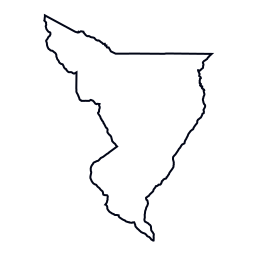 Turrialba, Cartago, Costa Rica (Robinson projection)
{"feature_id": "36466004B38119903555726", "entity_name": "Turrialba", "entity_type": "district", "adm_level": 2, "iso_a3": "CRI", "parent_name": "Costa Rica", "parent_adm1": "Cartago", "projection": "robinson", "projection_center": [-83.562, 9.784], "detail": "fine", "context": "isolated", "style": "outline", "palette": "ink", "viewbox_px": 256, "rotation_deg": 0, "n_neighbors": 0, "source": "geoboundaries", "source_scale": "gbopen_adm2", "svg_char_len": 5721}
<svg xmlns="http://www.w3.org/2000/svg" viewBox="0 0 256 256"><path d="M153.2,240.6L153.6,240.5L153.7,237.5L153.6,236.5L153.8,234.4L153.7,233.9L153.3,233.4L152.8,232.4L152.1,231.6L151.2,230.2L151.1,228.6L151.0,228.0L151.0,226.9L150.8,226.1L150.1,225.0L148.9,224.2L148.3,223.4L144.9,221.5L144.5,220.4L144.4,219.3L144.8,217.6L144.7,214.4L144.9,213.9L145.2,211.0L145.9,209.2L146.3,207.4L147.2,206.0L148.0,203.6L147.5,200.8L147.2,200.2L146.6,199.9L146.4,199.7L146.1,198.7L146.0,197.9L146.4,197.4L147.0,197.1L147.6,196.5L148.3,196.2L148.9,195.8L149.7,194.5L152.6,191.8L153.2,191.1L153.5,189.9L153.7,189.4L155.2,187.5L155.5,187.1L155.8,186.2L157.3,185.9L158.2,185.2L158.3,184.9L158.5,184.7L160.0,184.7L160.4,184.5L160.9,184.0L161.1,183.3L161.6,182.7L161.8,181.3L162.0,181.1L162.8,180.5L163.4,179.6L164.5,178.9L165.9,178.6L166.4,178.0L166.6,177.2L167.0,177.0L167.4,176.6L168.0,175.4L169.0,174.2L169.2,173.3L169.6,172.7L170.0,172.0L170.4,171.5L172.3,168.9L173.4,167.1L173.5,166.5L173.5,165.6L173.8,164.5L173.7,163.2L173.8,162.4L173.0,159.3L173.0,158.5L173.1,157.2L173.2,156.9L174.6,155.2L175.3,154.6L178.0,150.6L178.9,149.0L180.2,147.6L181.0,146.1L181.9,144.8L182.2,144.5L184.4,143.4L184.6,142.9L184.7,141.8L185.1,140.9L185.2,140.4L186.0,139.3L186.8,137.6L187.1,137.0L187.5,136.4L188.2,134.5L188.7,133.6L190.7,130.9L191.7,130.2L192.3,129.6L192.9,129.4L193.3,128.9L193.6,127.8L194.1,127.0L194.6,126.2L195.2,125.5L195.6,124.8L196.8,123.5L197.2,122.8L197.3,120.9L197.8,120.1L198.0,119.7L199.0,119.0L199.8,118.3L200.9,117.5L201.7,115.9L201.9,115.6L202.5,113.7L203.7,113.2L203.8,112.8L203.9,111.2L203.6,110.4L203.5,109.9L205.0,107.0L205.1,106.7L205.1,105.7L205.1,105.3L204.7,104.6L204.0,103.9L203.9,103.4L203.5,102.7L203.3,101.5L202.9,100.0L202.9,99.1L203.3,98.1L203.5,96.8L204.2,95.3L204.4,94.6L204.4,93.9L204.2,93.4L203.6,90.6L203.7,90.3L204.2,90.1L204.1,89.8L203.7,89.4L202.5,88.7L202.0,88.2L201.9,87.9L202.3,87.1L202.2,86.4L201.7,86.2L201.5,86.5L201.3,86.5L200.8,86.1L200.1,85.4L200.2,85.0L200.8,84.7L200.9,84.0L200.5,83.7L199.9,83.5L199.7,83.2L199.6,82.8L199.9,82.2L199.7,81.5L199.6,80.8L199.9,80.1L199.9,78.9L200.2,78.6L200.8,78.3L200.8,77.8L200.6,77.2L199.2,76.0L199.3,75.0L199.6,74.3L199.6,73.8L199.1,73.0L198.3,71.1L198.1,70.7L198.1,70.2L198.3,70.2L199.7,70.7L200.0,70.3L200.6,70.0L201.4,69.1L202.8,68.1L203.0,67.7L203.1,66.6L203.1,65.7L203.5,64.9L203.4,64.1L202.9,62.9L202.9,62.5L203.0,62.2L204.0,61.0L205.4,60.2L206.4,59.4L207.1,59.0L207.3,58.7L207.9,57.5L208.5,57.2L209.0,56.4L211.7,53.9L166.2,53.5L164.4,53.8L135.4,53.6L115.7,53.7L110.9,51.4L108.7,47.5L108.0,47.4L107.9,47.6L107.1,47.5L106.9,47.4L106.6,46.7L106.4,45.9L106.4,45.4L105.8,45.4L105.4,45.6L105.1,45.4L104.9,45.0L104.8,43.8L103.1,43.9L101.8,42.6L100.5,41.8L99.5,40.8L98.5,40.4L98.2,40.4L98.0,40.6L97.4,40.5L96.1,39.9L95.7,39.6L94.3,37.9L92.8,37.4L92.1,37.4L90.5,37.0L90.2,36.7L88.8,36.0L88.3,36.2L87.6,36.2L86.8,35.9L85.6,35.0L85.2,34.4L84.2,33.3L84.1,33.0L83.5,32.5L83.4,31.7L81.7,31.4L80.9,31.3L79.5,32.0L79.1,32.3L78.6,32.3L78.3,32.1L78.2,31.9L77.8,32.3L77.7,32.5L75.3,31.8L44.9,15.4L44.9,17.2L44.7,17.8L44.6,19.5L44.3,20.6L45.1,21.3L46.1,22.5L46.0,23.6L46.2,24.3L46.2,25.1L45.7,26.2L46.4,29.0L47.5,30.6L48.5,31.8L50.1,32.4L50.3,32.7L50.4,33.1L50.4,34.5L50.0,35.3L49.5,36.2L48.6,36.7L47.9,37.9L47.7,38.5L46.2,40.5L46.2,41.2L46.8,42.8L47.1,45.5L47.7,47.2L48.2,48.2L48.7,49.0L49.4,49.3L50.4,50.3L51.2,50.6L52.5,50.8L54.3,52.3L55.1,52.8L55.8,53.7L56.3,54.8L56.4,56.7L57.0,58.1L57.3,59.2L58.5,60.6L59.2,62.3L59.7,62.9L60.9,63.8L62.6,64.3L63.4,65.7L63.9,67.1L64.3,67.8L65.2,68.8L66.2,69.2L66.4,69.6L66.5,70.2L68.1,71.8L68.9,72.2L70.8,72.1L71.4,72.2L72.2,72.6L72.7,73.1L73.7,73.5L74.4,73.5L76.5,72.3L76.3,88.5L76.4,89.0L76.4,91.8L77.0,93.2L77.7,94.3L77.9,94.9L78.3,95.6L78.4,96.2L78.8,96.9L79.4,98.6L79.4,98.9L79.8,99.7L80.2,100.0L81.0,100.3L81.4,100.9L82.8,100.9L86.1,100.8L86.7,100.9L88.6,100.9L89.4,100.8L90.5,100.0L90.8,99.9L92.9,100.7L94.0,101.8L95.4,103.7L96.4,104.1L96.7,104.1L97.1,103.8L99.5,104.0L99.4,104.4L99.1,105.0L99.1,105.5L99.7,106.9L99.7,108.0L99.1,109.8L99.0,111.6L98.6,112.2L98.2,112.5L98.0,112.9L98.2,113.6L100.0,116.2L100.3,116.8L100.9,118.7L101.6,119.4L101.9,120.4L103.0,121.6L103.5,122.7L103.5,123.1L104.2,124.0L106.0,127.6L107.0,128.3L107.2,128.6L107.6,129.8L107.4,131.1L107.4,131.8L107.5,132.4L107.8,132.9L108.4,133.5L108.9,134.4L109.9,135.1L110.2,135.6L110.4,135.6L111.1,136.6L112.3,141.3L112.5,141.4L113.6,142.7L115.0,143.8L115.4,144.3L115.9,145.2L117.1,146.5L108.8,152.6L108.4,153.2L107.8,153.4L106.6,154.2L103.2,156.8L100.8,158.0L98.8,160.2L98.1,160.8L96.5,161.2L95.5,161.8L94.2,162.3L93.7,162.7L93.3,163.1L92.9,164.0L92.0,165.1L91.2,166.6L90.9,167.7L90.7,168.6L90.8,170.5L90.9,171.2L91.2,171.9L91.2,172.8L90.5,176.0L90.4,176.8L90.4,178.1L91.7,181.1L92.7,182.6L93.5,183.5L94.8,184.3L96.0,184.7L96.3,184.9L97.6,186.7L99.4,188.1L100.7,189.8L102.5,191.3L102.9,192.2L103.2,194.2L103.4,194.7L104.6,195.1L106.6,195.2L107.2,195.3L107.3,195.4L107.8,196.5L107.5,198.4L107.6,199.8L107.5,200.0L107.2,200.5L107.2,201.0L106.8,202.6L105.4,204.5L106.0,204.6L106.3,205.3L106.9,205.9L107.2,206.7L107.3,207.3L107.3,208.6L107.7,209.5L109.2,211.5L110.5,212.5L111.3,212.9L112.2,213.6L113.8,214.1L114.2,214.6L114.5,214.8L115.1,215.0L116.9,215.0L118.7,215.3L118.8,216.6L119.5,217.4L122.5,219.4L123.5,219.9L125.0,220.5L125.4,221.0L126.2,221.5L128.1,222.1L129.1,222.2L129.3,222.5L132.0,222.8L132.7,222.4L134.2,222.3L135.2,224.8L135.3,225.8L135.6,226.6L136.3,227.4L136.9,228.0L137.2,228.5L137.9,229.0L139.0,230.0L139.4,230.5L140.4,231.3L141.2,232.1L142.3,232.6L143.1,233.0L143.9,233.2L144.9,233.6L145.9,234.4L145.9,234.5L146.5,235.0L147.2,236.1L147.7,236.4L149.2,237.0L150.6,238.4L151.2,239.4L153.2,240.6Z" fill="none" stroke="#020617" stroke-width="2"/></svg>